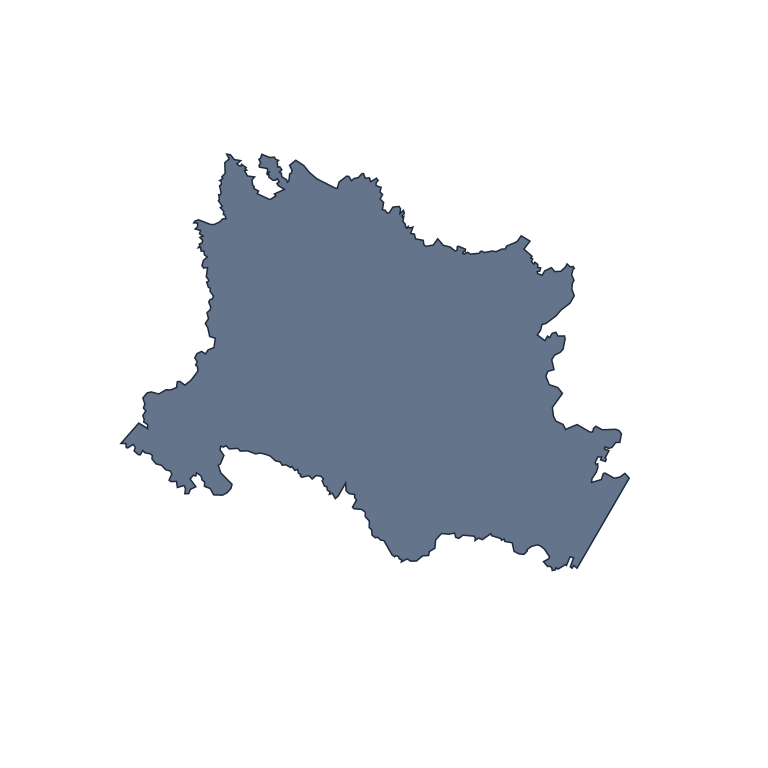 outline of Cotaxtla, Veracruz, Mexico, rotated 38°
{"feature_id": "50627088B87559081600102", "entity_name": "Cotaxtla", "entity_type": "district", "adm_level": 2, "iso_a3": "MEX", "parent_name": "Mexico", "parent_adm1": "Veracruz", "projection": "robinson", "projection_center": [-96.372, 18.858], "detail": "fine", "context": "isolated", "style": "filled", "palette": "slate", "viewbox_px": 768, "rotation_deg": 38, "n_neighbors": 0, "source": "geoboundaries", "source_scale": "gbopen_adm2", "svg_char_len": 6170}
<svg xmlns="http://www.w3.org/2000/svg" viewBox="0 0 768 768"><g transform="rotate(38 384 384)"><path d="M215.8,522.7L212.7,530.5L205.4,533.6L202.8,536.9L202.6,543.5L207.9,547.0L209.2,551.1L212.8,551.7L213.4,557.4L216.9,559.6L218.0,561.9L222.6,561.5L225.2,564.6L214.8,565.8L213.3,592.8L217.2,589.9L220.1,592.8L221.4,592.1L223.6,586.0L227.1,587.0L228.3,590.6L233.7,590.9L235.5,590.0L234.9,584.9L238.0,585.4L242.8,582.9L245.5,583.0L247.2,585.9L253.5,587.3L258.8,585.0L264.6,586.0L269.3,584.1L272.2,585.6L273.9,592.2L276.2,592.1L280.5,588.5L284.9,592.8L288.9,587.2L292.0,588.7L294.6,593.1L297.6,590.6L296.3,586.2L299.0,580.8L289.7,578.2L289.9,573.3L292.3,572.4L290.9,569.3L296.6,569.1L299.6,571.6L303.1,571.7L305.5,575.2L311.3,573.4L318.1,576.2L325.2,571.0L327.3,566.3L327.7,560.5L326.0,556.6L310.1,554.5L303.5,550.1L304.3,547.6L301.8,538.8L295.4,536.9L293.6,533.6L296.3,532.6L297.4,529.8L301.9,530.5L308.5,524.7L312.0,525.4L317.8,520.6L325.9,518.1L328.9,514.6L335.1,511.9L338.9,510.8L345.7,511.4L350.4,509.3L353.8,510.7L356.5,508.1L361.8,507.3L362.2,505.7L367.0,507.0L368.5,504.5L371.5,507.0L374.2,506.5L374.6,508.0L376.7,508.1L381.2,502.4L385.9,503.1L386.9,497.9L391.3,495.5L394.7,496.0L394.8,498.3L399.9,501.1L402.3,500.2L404.8,502.6L407.8,502.2L408.9,504.6L410.6,501.9L416.2,504.3L416.9,500.4L414.8,485.7L419.7,491.4L424.0,491.9L428.9,489.1L430.7,491.5L433.8,492.4L435.0,500.5L437.1,500.8L443.7,496.6L448.2,496.5L450.9,500.1L456.8,501.0L460.8,506.3L464.0,506.5L467.7,510.5L471.9,510.5L473.5,508.6L477.5,509.1L480.2,507.4L495.5,513.7L498.8,513.6L499.1,512.0L501.7,511.0L503.6,512.4L506.2,511.6L507.2,513.6L509.9,507.6L514.1,507.2L518.6,503.4L520.3,495.5L524.7,491.7L522.9,488.0L525.2,482.1L520.7,475.1L521.3,466.5L527.7,462.3L531.5,458.0L534.9,460.7L538.0,459.6L539.3,454.5L548.6,448.5L550.8,449.2L552.1,451.3L553.3,447.3L557.4,446.0L560.3,436.2L562.1,437.3L571.0,433.9L572.8,434.8L574.1,432.3L576.2,433.7L582.7,430.2L589.5,435.8L595.0,434.7L599.2,432.1L599.7,427.4L598.6,426.6L600.2,421.2L603.8,416.4L606.9,415.3L612.2,415.4L620.8,418.3L621.4,420.4L619.0,425.8L625.3,427.1L627.1,425.4L629.5,425.7L631.4,427.4L633.5,424.9L632.6,423.0L635.1,422.7L638.2,414.5L639.5,414.7L637.0,405.6L640.4,404.3L643.4,413.4L645.7,413.3L645.2,410.1L649.5,410.3L635.2,307.2L628.9,306.1L627.2,312.1L623.4,316.5L613.0,318.1L612.0,319.6L614.1,325.5L608.2,333.8L606.2,330.6L605.6,322.8L603.8,317.9L601.5,315.3L600.8,316.9L598.8,316.0L597.4,309.9L600.4,307.6L601.4,310.5L606.2,308.7L605.4,306.4L603.7,305.8L602.3,298.0L597.7,299.5L596.9,297.5L600.6,296.5L602.7,293.6L602.6,287.5L605.8,284.8L601.6,276.9L597.7,276.0L594.4,277.1L584.2,285.7L576.9,286.9L576.4,289.9L577.9,293.2L576.2,295.0L561.1,297.1L555.0,308.0L550.0,305.6L542.2,307.4L537.3,305.0L531.1,298.8L530.4,281.5L523.1,279.8L514.5,282.8L506.8,278.2L505.3,273.1L509.1,268.0L501.3,261.7L500.6,256.4L503.3,250.7L503.7,246.4L499.0,237.0L496.7,235.0L491.5,239.2L487.6,237.4L485.3,240.6L486.0,245.5L483.4,245.6L484.2,250.8L474.6,250.9L474.3,245.4L471.9,239.9L474.4,236.5L477.6,224.4L478.0,216.3L480.8,205.9L479.6,197.3L473.6,193.6L470.4,188.6L470.0,185.4L464.6,182.4L462.3,177.1L462.8,175.8L460.7,174.9L458.6,177.1L454.3,176.7L455.0,180.0L453.9,186.4L449.3,190.3L444.3,189.2L441.0,196.0L441.7,201.0L437.0,202.4L435.6,201.3L437.3,199.1L435.9,196.0L433.3,197.5L431.5,195.1L427.9,195.1L428.3,197.2L425.0,196.9L424.1,193.9L422.0,194.4L422.0,192.2L411.2,191.6L411.1,181.5L400.9,182.8L401.2,190.0L395.7,199.9L396.4,203.1L393.7,205.2L390.8,210.8L387.5,212.5L382.1,218.7L379.4,219.0L378.3,220.3L378.8,222.1L372.2,228.4L368.8,228.7L367.1,232.5L365.4,232.4L365.2,230.4L366.4,229.9L365.2,227.6L357.8,229.6L357.2,230.6L359.2,233.7L358.2,235.4L351.8,235.3L345.4,238.2L336.9,236.5L337.3,244.1L332.2,249.8L329.5,249.6L326.5,246.6L319.4,250.2L315.6,247.1L312.3,248.9L310.2,242.5L308.3,245.2L306.8,245.3L306.2,247.7L305.8,245.8L305.4,247.1L303.6,246.6L302.6,245.0L298.7,244.2L296.5,239.8L296.1,241.2L294.6,240.8L294.9,236.9L292.4,235.2L291.6,239.9L289.3,235.8L286.6,234.8L282.1,239.1L282.7,246.0L281.1,247.4L278.1,246.3L275.4,247.6L271.9,241.1L267.2,240.7L266.2,235.5L262.5,235.1L260.7,230.8L255.6,232.6L253.8,230.0L254.1,227.2L251.4,226.5L248.9,232.9L245.7,230.5L242.4,233.4L238.5,230.8L237.2,231.5L236.6,237.4L234.0,240.2L233.2,243.9L228.6,242.1L226.6,243.2L224.3,252.4L226.7,258.5L225.0,259.7L204.9,263.6L194.9,263.2L186.2,261.2L176.7,262.0L175.0,269.8L180.0,272.3L181.1,274.9L180.3,276.5L184.0,282.5L183.6,284.5L181.5,283.0L175.8,283.6L173.4,281.1L171.1,281.4L171.6,278.0L168.1,277.0L166.7,278.5L162.9,274.3L163.2,272.7L160.5,273.7L157.9,272.7L154.7,275.8L146.3,278.2L147.7,281.9L147.1,284.0L150.7,285.7L151.0,288.8L152.3,289.8L159.5,286.0L161.8,288.9L163.1,287.7L163.4,289.4L162.1,290.1L163.0,290.9L164.9,290.3L165.9,291.9L171.1,291.8L173.0,290.4L173.4,288.0L176.9,289.1L176.1,291.9L178.3,292.8L185.7,292.0L180.6,301.8L183.0,302.3L180.6,308.9L166.9,312.1L166.3,309.1L161.0,310.1L160.5,308.6L157.6,307.8L154.3,304.3L154.6,300.5L148.4,304.1L142.9,301.8L144.2,300.0L141.9,299.7L142.1,298.3L136.4,298.6L137.1,300.1L136.2,301.1L132.6,301.1L133.6,296.2L127.9,299.3L121.8,297.9L118.5,299.7L123.4,302.0L122.3,307.6L129.2,315.9L128.6,320.6L130.4,321.2L129.3,324.9L130.7,324.3L132.9,326.8L132.4,329.1L137.8,333.5L138.6,335.5L137.2,336.6L140.7,339.9L140.6,341.5L147.2,343.6L146.4,345.8L151.3,346.5L153.1,349.4L154.4,348.6L157.7,351.1L155.2,353.1L154.8,357.2L152.1,362.7L149.2,365.0L136.7,368.8L134.6,372.2L134.8,374.2L138.1,372.0L140.3,375.0L139.7,378.1L144.9,376.0L146.1,379.2L150.3,378.8L148.6,381.9L152.8,382.5L153.7,384.7L152.3,387.4L153.7,388.3L153.7,391.0L155.4,389.2L158.1,391.9L160.3,390.1L162.9,392.8L166.6,392.7L165.6,397.8L167.7,402.9L170.5,403.7L173.3,400.9L178.0,409.0L181.7,409.9L182.5,411.2L181.5,412.9L186.1,415.9L188.1,415.5L190.0,418.1L195.3,419.6L196.4,422.5L194.9,424.8L195.4,427.3L200.3,430.2L201.3,432.7L200.6,436.8L205.5,440.6L205.9,446.3L210.4,448.1L217.4,453.9L222.9,451.8L227.6,460.0L224.4,465.3L224.8,470.1L220.1,470.7L217.9,475.3L218.8,479.9L223.3,481.6L223.9,485.1L226.3,485.1L229.4,488.3L229.6,499.9L227.8,507.5L221.6,507.6L219.7,509.4L222.7,514.5L219.4,520.2L215.8,522.7Z" fill="#64748b" stroke="#1e293b" stroke-width="1.5"/></g></svg>